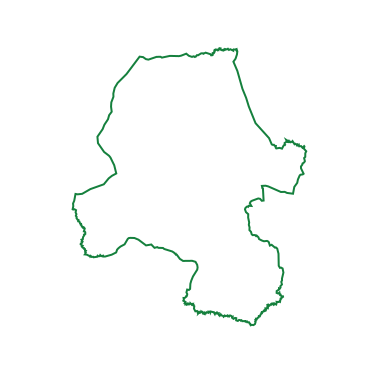 Nong Han, Udon Thani, Thailand, rotated 76°
{"feature_id": "78962969B68603960000153", "entity_name": "Nong Han", "entity_type": "district", "adm_level": 2, "iso_a3": "THA", "parent_name": "Thailand", "parent_adm1": "Udon Thani", "projection": "orthographic", "projection_center": [103.164, 17.36], "detail": "fine", "context": "isolated", "style": "outline", "palette": "green", "viewbox_px": 384, "rotation_deg": 76, "n_neighbors": 0, "source": "geoboundaries", "source_scale": "gbopen_adm2", "svg_char_len": 6039}
<svg xmlns="http://www.w3.org/2000/svg" viewBox="0 0 384 384"><g transform="rotate(76 192 192)"><path d="M298.3,226.2L298.9,225.7L298.9,224.8L299.5,225.2L299.5,224.2L300.1,224.2L300.0,223.6L299.5,223.9L299.1,223.3L299.3,222.6L300.1,222.8L300.4,222.2L300.0,221.8L300.1,220.7L299.6,220.5L301.2,219.6L300.6,218.9L300.7,218.2L301.1,218.5L301.6,218.1L301.7,218.8L303.4,217.4L305.6,218.3L308.6,217.6L308.7,215.9L309.6,215.7L309.7,215.1L310.5,215.4L310.5,214.6L311.2,215.0L310.7,214.1L311.9,214.2L311.1,213.8L310.8,212.4L310.1,212.0L311.0,211.4L310.9,211.0L312.0,210.8L311.6,210.3L311.9,209.6L312.8,210.3L313.4,209.5L312.8,209.4L313.1,208.7L312.4,208.5L313.0,207.9L312.2,207.0L313.1,205.5L312.1,205.1L312.8,204.1L312.3,203.9L312.5,203.2L313.2,203.2L312.5,202.7L313.4,201.0L312.8,200.5L313.6,200.7L313.8,200.0L315.9,199.4L315.1,198.9L315.6,198.5L314.9,197.0L315.7,196.8L315.9,196.1L316.2,196.7L316.5,195.9L317.8,195.6L317.6,194.7L318.2,194.8L317.8,194.2L318.4,194.1L318.1,193.5L318.9,193.2L319.8,191.7L320.6,191.5L319.8,190.2L320.5,189.8L320.4,188.8L320.9,187.8L320.6,187.5L321.5,187.1L321.0,186.1L321.5,185.8L321.0,185.4L321.2,184.5L322.5,183.2L323.1,183.4L323.0,182.8L323.9,183.2L325.1,182.5L324.6,180.7L325.1,179.6L327.2,180.2L328.2,178.7L327.5,177.3L328.1,176.0L328.6,175.8L328.4,175.0L329.5,174.5L330.1,171.4L330.8,171.4L330.9,170.0L331.7,170.0L332.2,168.2L333.7,167.9L333.9,167.4L335.5,167.3L335.4,166.0L336.0,164.6L335.4,162.9L333.8,161.9L332.9,162.0L332.6,161.4L331.4,161.4L331.5,160.6L330.4,160.5L330.7,159.4L330.0,158.7L329.8,157.7L328.6,157.2L329.0,156.2L327.2,154.9L326.7,153.6L325.9,153.8L325.3,153.3L325.5,152.3L324.2,150.5L325.1,150.3L324.9,149.1L323.6,148.5L322.7,148.7L323.0,147.2L322.2,146.9L322.8,146.4L321.4,145.9L319.8,146.2L319.6,145.3L321.0,144.3L319.7,142.2L320.4,142.0L319.7,140.5L320.9,140.2L320.2,139.3L321.0,139.1L320.8,138.3L321.5,137.5L321.1,137.3L320.7,137.7L319.7,136.2L319.1,136.3L319.8,134.3L319.0,133.3L319.5,133.0L317.7,132.2L317.2,131.4L316.7,131.6L315.7,129.0L315.2,129.0L315.0,130.0L313.4,131.4L312.8,130.9L312.0,131.6L310.7,131.5L311.4,132.9L310.4,134.3L308.6,133.8L307.7,131.2L306.5,130.9L307.0,130.2L306.1,129.2L304.8,129.1L303.5,127.1L300.8,127.1L299.5,126.0L297.9,125.7L292.3,122.8L288.1,122.6L286.9,123.9L286.9,125.0L284.6,125.7L272.8,123.0L267.5,123.0L266.0,124.1L266.1,124.9L262.5,127.5L262.8,129.4L259.3,129.6L258.2,130.3L257.6,131.1L257.2,134.1L256.1,135.8L253.9,138.3L252.0,138.5L249.9,139.8L250.3,140.5L249.0,141.3L248.5,143.6L247.5,144.3L244.9,144.4L242.9,145.5L240.2,144.7L237.6,144.8L235.4,143.9L230.4,143.7L227.1,142.8L224.6,144.5L221.7,144.8L220.6,144.2L219.5,142.4L219.5,141.4L219.9,141.1L219.1,140.3L219.9,137.8L216.9,138.6L215.5,137.4L215.0,135.8L214.3,129.3L215.1,127.6L217.4,126.4L217.6,124.6L205.7,122.3L205.4,122.8L203.0,122.7L203.7,119.1L205.0,116.7L213.5,105.7L214.3,102.0L215.9,100.0L218.1,94.4L211.8,91.5L208.6,87.7L205.5,86.2L202.0,83.5L201.5,82.6L201.7,80.2L201.3,79.3L195.4,80.5L193.6,80.1L192.0,78.2L191.1,77.9L190.4,76.0L189.4,75.0L186.2,75.0L185.3,73.6L181.8,72.7L180.1,71.3L176.9,73.0L175.0,71.9L174.6,72.1L175.8,74.1L173.9,75.0L173.6,76.9L172.4,76.9L172.8,77.4L172.3,78.8L171.1,78.3L170.8,79.7L170.1,80.3L170.4,81.0L167.1,82.1L167.7,82.7L167.1,83.8L168.1,84.9L167.4,84.6L167.1,85.5L165.6,85.6L165.2,87.1L164.2,88.0L166.4,87.6L166.1,88.3L166.9,90.3L168.3,90.5L169.4,89.9L168.6,91.0L169.1,91.9L171.7,94.2L170.4,96.3L170.1,99.7L169.2,100.1L167.6,99.5L167.2,100.6L166.0,101.1L165.7,102.5L165.1,103.1L158.4,104.2L140.6,113.7L122.8,116.2L113.8,116.7L104.1,118.1L85.5,118.7L75.6,120.3L73.2,117.5L69.4,115.1L66.5,114.0L65.1,114.1L65.6,114.6L64.9,114.8L64.1,114.5L64.2,116.1L63.7,117.1L64.1,118.1L64.6,118.1L62.8,120.2L63.1,121.8L61.7,122.5L62.1,123.6L61.4,125.1L62.0,125.1L62.3,127.2L61.5,127.2L61.7,128.6L61.1,129.5L60.4,129.8L59.6,129.5L59.1,130.6L60.6,131.8L60.1,132.2L60.7,132.9L59.7,133.9L60.0,135.0L59.5,135.0L59.6,135.7L60.7,136.4L61.4,136.1L62.2,136.9L62.2,137.9L62.8,137.7L63.2,138.9L64.0,138.8L64.2,139.3L64.0,140.4L62.8,140.7L60.1,145.1L60.6,147.5L60.1,147.7L59.7,149.6L60.8,153.1L60.4,154.0L61.6,155.7L61.3,156.3L61.6,156.7L60.7,157.8L60.9,159.3L59.1,162.1L56.4,164.1L57.1,169.6L57.0,171.8L54.6,180.5L54.3,188.7L53.2,189.8L52.3,193.7L53.0,202.3L51.9,204.6L49.3,206.8L48.0,210.1L61.7,227.0L68.2,237.8L72.2,241.8L77.4,244.5L80.6,245.2L85.5,248.6L89.6,249.9L94.7,250.5L97.4,253.8L101.1,255.9L105.5,260.7L109.4,263.5L115.5,270.4L121.9,271.4L131.9,267.6L136.8,263.7L138.8,262.8L147.2,261.0L155.7,261.0L156.9,265.7L158.6,269.5L163.2,275.7L164.6,289.9L167.2,299.0L166.6,303.5L165.7,305.5L172.0,308.4L174.4,310.2L177.0,310.6L179.9,312.0L180.3,311.5L180.3,310.2L181.6,308.9L183.7,309.9L185.5,309.5L187.0,310.5L188.3,309.9L189.3,310.4L191.3,309.7L191.6,309.0L192.9,309.5L193.4,308.4L195.6,308.2L196.0,307.4L197.0,307.8L197.5,307.2L198.9,307.3L199.5,306.3L200.3,306.5L200.9,305.7L200.6,305.3L201.4,304.9L204.0,306.4L204.3,305.7L205.2,305.3L206.9,305.7L207.2,307.0L207.8,306.9L209.4,308.6L211.4,309.4L211.5,310.6L212.2,310.3L213.0,310.9L213.6,310.2L214.7,311.0L215.1,312.4L215.9,312.7L217.7,311.1L218.3,312.1L219.6,311.5L220.2,310.4L221.2,310.4L221.5,309.7L222.7,309.9L223.2,309.3L223.6,310.0L224.7,309.6L225.1,310.3L226.3,310.3L226.7,310.9L227.3,309.3L229.2,307.1L229.2,306.3L230.1,306.3L229.8,305.6L230.7,305.1L231.0,303.5L231.5,303.3L231.9,299.7L231.0,299.0L231.8,298.2L231.9,297.1L231.0,296.3L232.3,295.5L232.3,293.7L233.1,293.8L233.6,291.8L233.4,285.1L232.3,280.2L229.8,278.6L228.7,276.9L227.6,274.5L226.5,270.1L221.9,265.6L221.4,264.4L221.6,262.9L222.7,259.0L225.3,255.5L232.7,249.5L233.1,244.2L237.1,241.9L237.1,239.0L238.0,238.2L239.3,233.7L240.6,232.7L244.9,225.6L246.6,224.0L247.6,223.6L247.9,222.7L249.0,222.7L249.2,221.9L253.9,220.0L256.7,217.4L258.8,208.5L260.6,205.5L263.9,204.6L266.5,204.8L268.6,205.7L274.2,211.5L277.9,214.2L280.7,215.8L285.6,217.3L286.3,218.7L285.5,220.3L288.1,221.7L289.9,221.3L290.9,221.7L291.7,222.9L292.1,222.7L293.1,224.9L292.8,225.8L294.7,226.0L295.4,226.7L297.0,225.0L298.3,226.2Z" fill="none" stroke="#15803d" stroke-width="2"/></g></svg>